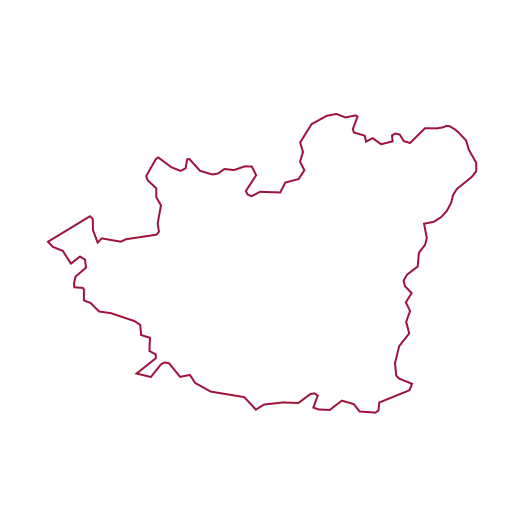 the border of Oxfordshire, rotated 277°
{"feature_id": "GBR-2751", "entity_name": "Oxfordshire", "entity_type": "Administrative County", "adm_level": 1, "iso_a3": "GBR", "parent_name": "United Kingdom", "parent_adm1": "", "projection": "albers", "projection_center": [-1.264, 51.807], "detail": "fine", "context": "isolated", "style": "outline", "palette": "rose", "viewbox_px": 512, "rotation_deg": 277, "n_neighbors": 0, "source": "natural_earth", "source_scale": "10m", "svg_char_len": 1900}
<svg xmlns="http://www.w3.org/2000/svg" viewBox="0 0 512 512"><g transform="rotate(277 256 256)"><path d="M125.0,334.3L126.8,330.8L125.7,326.9L115.3,316.0L113.9,300.4L109.5,282.0L103.5,274.6L114.5,261.6L115.9,227.5L122.5,211.2L129.9,204.9L126.8,195.4L139.0,182.7L139.1,178.1L136.8,174.8L123.1,166.4L124.8,151.8L142.3,169.0L146.1,168.5L148.7,161.8L161.9,160.7L163.5,151.6L173.5,149.5L176.5,143.6L181.6,118.8L181.8,106.9L189.2,97.6L190.9,90.6L201.7,89.3L203.2,88.0L202.8,79.5L206.9,78.7L213.6,79.4L223.8,88.7L231.6,86.7L234.0,81.4L225.9,73.2L237.5,63.7L240.3,53.3L244.8,47.8L275.2,86.3L272.8,89.5L262.0,91.0L250.0,97.2L254.7,100.8L253.7,119.9L256.8,125.0L265.1,154.7L268.3,156.7L276.3,154.4L294.6,155.5L302.3,149.8L311.0,148.8L318.0,139.2L321.9,137.3L340.0,144.8L341.9,146.9L333.7,161.5L331.3,170.7L334.4,175.4L343.6,175.9L344.1,178.1L333.7,190.1L331.6,202.8L333.3,208.4L338.5,214.1L338.6,223.6L343.6,234.0L344.3,240.9L336.2,246.3L319.2,238.0L315.9,240.3L314.8,244.2L320.2,252.2L322.0,272.3L332.5,276.2L337.6,288.9L347.0,293.6L355.0,288.2L364.9,290.0L374.1,286.0L393.7,295.1L403.8,309.2L406.8,318.5L404.4,328.0L407.7,337.6L406.8,339.8L393.7,336.6L390.5,338.2L388.7,349.2L382.9,351.3L387.2,357.4L382.2,366.5L386.4,377.6L392.3,376.3L394.5,379.4L394.1,383.8L388.1,388.7L386.9,395.1L403.4,408.2L404.7,419.9L406.4,425.8L408.2,428.9L408.5,432.1L405.9,438.0L403.5,441.7L396.3,450.4L387.4,454.3L375.2,463.3L366.9,464.2L360.9,460.6L347.0,447.2L340.6,444.2L332.5,443.2L324.3,440.0L317.1,435.0L311.6,428.3L308.5,418.9L294.7,423.3L287.8,422.5L279.1,417.3L265.3,417.8L256.1,408.3L249.7,405.5L244.3,407.5L238.1,415.0L228.3,410.4L220.1,415.6L209.0,413.1L197.8,417.5L184.0,409.1L166.7,407.0L154.5,409.7L151.8,412.8L148.2,426.4L141.5,424.7L125.6,396.2L117.7,396.4L115.1,393.7L114.3,377.8L120.9,371.1L122.9,358.9L112.2,347.9L111.3,336.9L112.6,331.4L125.0,334.3Z" fill="none" stroke="#9f1239" stroke-width="2"/></g></svg>